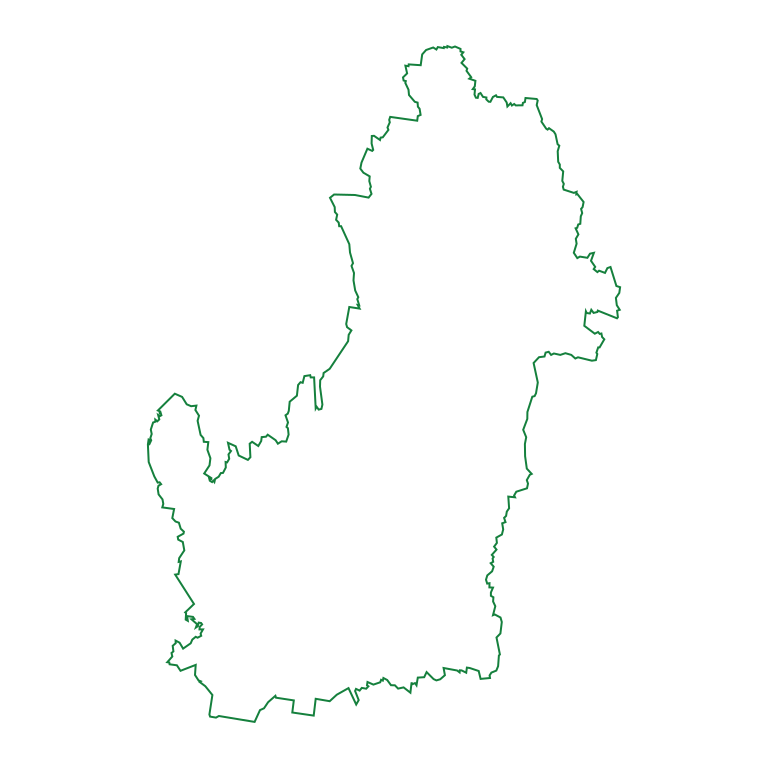 Banana, Queensland, Australia
{"feature_id": "25037944B6409140573096", "entity_name": "Banana", "entity_type": "district", "adm_level": 2, "iso_a3": "AUS", "parent_name": "Australia", "parent_adm1": "Queensland", "projection": "equal_earth", "projection_center": [149.813, -24.807], "detail": "fine", "context": "isolated", "style": "outline", "palette": "green", "viewbox_px": 768, "rotation_deg": 0, "n_neighbors": 0, "source": "geoboundaries", "source_scale": "gbopen_adm2", "svg_char_len": 6076}
<svg xmlns="http://www.w3.org/2000/svg" viewBox="0 0 768 768"><path d="M403.0,77.4L403.6,80.5L405.8,81.1L405.3,82.9L408.5,89.7L409.0,95.0L414.8,101.8L417.6,102.6L417.9,106.7L419.6,108.8L420.6,114.9L417.8,116.1L417.2,120.7L390.2,116.9L389.2,119.9L389.8,122.3L387.5,127.5L388.4,129.9L382.8,137.3L380.6,137.6L380.0,140.0L374.0,135.8L371.8,136.0L371.6,143.5L373.2,149.9L372.2,150.9L367.4,148.7L361.5,162.6L360.3,168.6L363.4,172.7L369.7,176.4L369.3,181.1L370.9,186.8L369.9,188.8L371.5,193.9L368.6,197.6L355.0,195.0L334.1,194.5L330.0,197.8L334.7,207.1L334.9,212.0L337.2,214.6L336.1,219.8L338.7,222.6L339.2,226.2L341.1,226.2L349.3,244.2L350.0,252.5L353.0,263.2L351.5,265.9L354.0,273.0L353.5,280.4L355.2,290.5L358.3,297.2L357.3,299.1L359.2,305.3L357.7,305.0L359.6,308.6L349.3,307.0L346.2,324.0L347.1,327.2L351.4,330.4L348.7,334.8L348.1,341.2L329.7,368.8L323.6,373.0L323.2,376.4L320.2,380.2L320.0,386.6L322.4,404.6L321.4,408.9L318.7,409.6L316.7,406.8L315.7,408.5L314.1,377.4L310.7,377.4L310.2,375.2L304.4,376.1L302.7,382.8L300.5,382.2L298.1,385.0L296.9,395.7L289.7,401.7L288.8,410.8L287.8,413.6L285.5,415.3L288.0,422.5L286.5,426.9L287.9,428.2L288.6,434.6L286.2,441.6L281.7,441.3L277.9,443.7L275.6,440.2L267.7,434.7L266.0,436.7L261.7,437.1L261.2,441.0L258.3,446.0L252.1,441.8L249.7,443.7L250.4,457.2L247.9,459.9L238.7,455.5L235.7,446.3L228.0,442.8L229.5,449.7L231.0,451.0L228.5,454.4L229.2,458.8L227.1,462.4L225.6,462.0L225.8,467.5L223.0,472.9L220.8,473.1L218.7,476.7L215.1,479.0L214.4,482.0L213.4,480.6L212.1,482.1L209.8,480.7L209.2,478.4L211.3,479.0L211.4,478.1L204.2,473.5L209.5,465.4L210.4,458.2L207.4,449.8L208.3,442.1L203.8,441.8L203.4,438.1L200.6,434.9L197.6,420.8L199.0,415.7L195.4,410.0L196.4,405.6L191.1,406.2L186.7,404.3L182.1,396.9L174.8,393.7L157.9,410.5L159.6,411.2L159.7,413.1L160.5,412.3L161.4,415.3L159.6,416.3L158.2,415.2L159.3,419.4L157.3,421.3L155.3,419.6L155.4,421.7L153.1,422.5L150.8,429.6L151.7,434.0L150.3,438.2L151.2,440.3L149.0,445.0L149.4,440.1L148.6,439.6L147.9,444.4L148.7,462.0L154.3,476.4L157.7,482.6L159.6,482.3L161.1,484.2L158.5,485.7L157.7,488.6L158.6,494.4L162.5,499.4L163.3,503.9L162.3,507.4L174.1,509.0L172.3,518.1L175.5,521.5L178.9,522.7L180.7,528.7L183.9,531.7L183.5,533.6L177.7,536.8L178.2,539.6L182.8,542.0L184.3,550.4L179.2,558.1L178.7,561.9L180.8,561.4L178.5,574.1L175.2,574.6L194.0,604.0L185.2,612.4L186.1,613.1L185.7,619.6L187.8,620.8L187.1,616.1L193.0,616.9L194.4,618.9L191.5,619.3L197.1,624.2L195.9,627.5L197.7,626.3L198.7,622.6L201.1,623.0L202.1,624.4L199.7,626.9L199.5,629.4L203.0,629.4L200.6,633.6L201.2,635.8L197.6,637.7L195.7,636.8L192.3,639.6L190.7,643.3L183.1,648.6L179.6,642.7L175.6,640.6L175.7,643.2L172.7,645.8L173.4,651.4L171.5,653.0L172.3,656.5L167.3,662.2L169.3,662.5L169.6,664.3L176.9,665.3L180.5,670.8L195.7,664.9L195.0,675.0L198.5,680.4L200.7,681.3L199.7,682.0L205.3,686.2L212.4,695.0L209.4,714.5L210.1,716.6L216.0,717.6L218.9,716.0L254.6,721.9L260.0,710.1L264.0,708.3L268.1,702.2L275.4,695.8L276.0,697.7L293.8,700.4L292.3,712.5L313.7,715.6L315.7,698.8L329.7,701.2L336.8,694.7L348.5,688.1L356.2,704.5L358.7,700.1L355.1,691.0L356.0,688.9L359.6,690.6L361.8,687.9L366.2,688.7L368.4,686.3L367.0,685.3L367.5,682.0L373.4,684.6L380.2,682.3L381.1,679.8L382.8,680.6L383.4,678.0L387.2,680.0L391.0,685.2L394.9,685.3L398.1,688.6L403.6,687.4L410.4,692.7L411.6,682.4L412.2,684.3L415.0,683.1L416.5,685.3L417.8,677.6L424.2,677.2L426.6,672.1L433.6,679.1L436.4,680.4L440.2,679.3L444.9,675.2L443.6,668.0L457.1,670.5L459.6,672.4L459.8,670.3L461.6,670.4L466.2,672.7L466.9,667.6L469.7,668.0L478.7,671.0L480.6,678.9L490.0,678.0L489.6,675.4L491.4,672.6L496.3,670.6L498.1,666.2L498.9,655.5L499.9,654.5L496.5,637.5L500.4,633.5L501.8,622.0L500.5,617.5L494.8,614.5L493.0,615.2L495.3,606.2L493.1,601.5L493.4,597.3L490.9,595.8L490.9,592.5L493.0,587.6L489.4,587.4L489.5,583.2L487.2,583.6L486.0,579.7L487.3,575.4L492.1,571.3L493.7,566.7L490.7,563.2L493.2,561.8L492.6,558.5L493.7,557.0L491.8,554.9L496.5,549.6L494.1,546.6L496.9,542.9L496.3,537.6L501.9,534.5L503.2,529.4L502.2,523.3L505.5,522.1L504.1,517.9L506.1,515.9L506.8,511.6L509.1,508.3L508.3,496.6L515.0,497.3L514.1,495.5L516.3,491.7L527.0,488.3L528.0,483.6L526.8,480.1L529.8,474.8L531.7,473.9L526.8,468.6L525.1,456.2L524.9,444.0L526.2,437.2L523.2,429.8L527.3,418.9L527.4,412.0L532.3,396.7L534.6,396.1L536.0,393.3L537.8,382.5L533.6,363.0L539.0,357.2L544.5,356.5L545.6,352.6L548.7,351.8L551.1,354.9L553.9,353.5L560.3,354.9L565.4,353.2L571.3,354.9L575.3,358.5L578.0,357.3L591.9,360.7L595.9,360.1L597.3,354.0L596.4,352.7L598.2,347.4L599.6,347.4L604.3,339.3L602.1,337.0L601.4,333.5L599.7,333.9L598.1,332.0L594.8,333.7L584.3,325.8L585.9,311.3L586.7,313.0L589.9,313.5L591.3,309.8L593.6,312.9L597.4,312.0L597.8,310.6L617.0,318.3L617.9,317.2L617.1,310.7L619.7,309.8L616.8,305.2L615.9,297.9L619.3,292.9L620.1,287.2L616.4,286.0L610.5,267.0L607.4,268.1L605.0,272.9L599.1,270.7L597.4,272.1L593.7,269.1L595.2,266.9L591.0,260.8L593.9,252.8L590.0,253.7L587.4,257.8L579.9,256.6L577.3,258.1L573.8,252.8L576.6,243.7L575.8,238.8L578.4,234.4L575.6,228.3L577.2,227.8L578.2,224.5L580.3,223.8L580.8,216.3L582.2,213.1L581.1,208.9L582.6,207.1L583.6,202.0L577.4,194.1L576.3,194.4L576.6,191.8L573.9,192.9L563.7,189.6L562.9,186.8L563.8,183.9L562.3,180.9L563.2,171.4L559.8,167.9L559.8,164.5L558.2,161.8L557.7,151.2L559.3,145.7L557.6,144.2L555.5,134.3L553.8,131.6L549.0,128.2L547.6,129.6L546.2,128.7L541.4,121.6L542.1,119.1L536.7,105.1L537.7,100.5L536.7,99.0L525.5,98.0L524.9,102.0L522.9,102.9L522.5,105.3L515.7,105.4L514.2,104.0L511.9,105.5L510.6,103.2L507.4,106.5L506.7,102.5L503.3,97.4L497.0,96.9L496.0,95.3L492.9,97.0L490.4,101.8L488.7,101.7L486.3,99.4L486.4,97.5L483.0,96.9L480.5,93.0L478.7,93.9L477.7,97.9L475.9,97.7L474.5,94.6L475.0,89.4L472.8,89.1L474.8,86.3L475.4,80.8L469.3,78.7L471.2,77.2L466.5,70.8L467.2,68.6L461.5,62.9L464.6,59.1L461.3,54.8L463.3,52.3L460.5,51.4L460.5,48.9L455.0,46.5L451.8,47.7L447.4,46.1L447.2,47.5L444.0,46.9L443.8,48.1L437.8,47.1L436.4,49.5L433.2,47.5L426.1,50.0L422.2,54.4L420.7,65.2L408.7,64.4L408.5,66.2L405.4,65.7L407.1,73.4L403.0,77.4Z" fill="none" stroke="#15803d" stroke-width="2"/></svg>